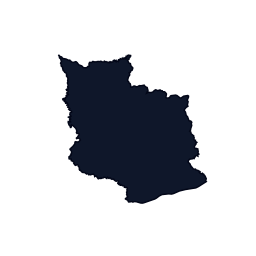 the district of Wang Chao, Tak, Thailand, rotated 114°
{"feature_id": "78962969B10518066707852", "entity_name": "Wang Chao", "entity_type": "district", "adm_level": 2, "iso_a3": "THA", "parent_name": "Thailand", "parent_adm1": "Tak", "projection": "robinson", "projection_center": [99.133, 16.616], "detail": "fine", "context": "isolated", "style": "filled", "palette": "ink", "viewbox_px": 256, "rotation_deg": 114, "n_neighbors": 0, "source": "geoboundaries", "source_scale": "gbopen_adm2", "svg_char_len": 5852}
<svg xmlns="http://www.w3.org/2000/svg" viewBox="0 0 256 256"><g transform="rotate(114 128 128)"><path d="M193.7,93.4L192.8,92.6L192.0,90.7L191.3,85.7L190.5,83.9L189.3,82.5L181.9,74.6L180.4,73.5L177.3,71.8L175.0,69.9L171.6,64.1L170.6,61.3L169.3,59.7L164.6,55.4L160.8,50.5L155.1,41.7L152.8,39.8L145.1,34.7L144.7,35.6L142.5,35.9L142.1,36.3L142.1,36.9L141.5,37.0L140.7,37.9L140.6,38.4L140.3,38.5L139.9,39.3L140.0,39.9L139.4,40.2L139.5,40.8L139.1,41.5L139.6,41.7L140.0,43.5L139.5,44.7L138.7,44.3L138.4,45.2L138.6,45.8L138.3,46.7L138.7,48.7L138.1,49.6L138.9,51.1L138.7,52.0L137.7,53.8L137.9,54.7L137.2,54.8L137.2,55.3L135.7,56.6L134.7,59.1L133.4,59.6L131.5,59.1L131.3,58.6L130.7,58.3L130.6,57.7L129.9,56.6L129.2,56.3L129.1,55.2L128.3,55.2L127.9,55.6L127.7,55.2L127.1,54.9L126.0,55.1L125.3,54.2L125.3,52.7L123.9,53.6L123.0,52.7L122.1,54.1L120.6,54.4L119.7,55.3L118.8,55.6L118.8,57.1L119.5,58.4L118.3,59.7L117.0,59.8L115.0,59.4L114.7,59.9L113.1,59.3L112.9,60.8L112.5,61.3L111.8,61.4L111.9,62.9L111.3,63.4L110.1,63.5L109.1,64.6L108.5,64.7L107.5,68.2L106.2,68.9L105.9,70.3L104.3,70.0L103.6,70.4L99.8,70.8L98.2,72.0L96.8,72.1L96.1,73.6L96.5,74.3L96.4,75.4L93.4,78.3L92.9,79.9L90.1,82.0L89.1,83.8L87.7,83.9L85.4,83.2L83.8,82.1L82.6,83.2L79.5,83.8L78.5,85.2L75.2,85.3L74.2,85.7L74.0,86.6L76.3,90.1L79.2,91.8L79.3,92.9L78.4,96.5L78.6,97.9L81.0,101.9L81.9,102.3L83.5,102.4L84.7,104.3L84.9,105.2L84.6,105.9L81.3,106.7L81.0,107.1L80.7,108.1L80.3,108.2L80.1,109.5L80.6,110.6L80.6,111.2L80.1,111.8L80.5,112.4L80.2,114.2L80.7,114.3L80.9,115.1L81.4,115.4L81.8,116.2L81.8,118.2L82.9,119.1L85.2,120.0L86.4,121.6L87.0,123.8L88.7,125.2L87.5,125.3L86.7,124.8L85.6,125.0L83.2,127.0L83.3,128.1L82.7,130.3L82.3,130.7L84.2,133.4L84.5,134.5L85.1,134.6L85.2,135.3L86.1,135.8L86.6,136.6L87.0,137.3L86.9,138.9L87.6,140.1L88.9,140.6L88.9,141.0L89.4,142.3L88.0,142.9L86.6,144.1L86.4,145.4L85.5,146.2L85.1,147.4L83.8,148.0L80.7,148.4L79.3,148.0L78.0,148.4L77.1,149.4L76.0,148.5L74.6,148.8L74.0,148.0L73.4,147.7L71.2,148.0L69.9,150.8L68.2,152.0L68.3,153.6L66.2,156.1L64.8,155.1L63.8,155.5L62.8,155.0L61.7,155.1L61.1,154.8L60.7,155.1L61.3,157.3L62.0,157.6L62.1,158.0L62.8,157.8L63.3,158.8L63.8,158.4L64.4,158.8L64.8,157.6L65.9,158.2L65.6,159.5L66.3,159.5L66.6,159.9L66.1,160.9L66.7,160.9L66.7,161.6L67.2,161.5L67.8,161.9L67.8,163.2L68.6,163.1L69.4,164.3L70.1,163.6L70.6,164.2L71.3,164.0L71.3,165.2L72.3,165.6L72.3,166.0L71.6,166.3L72.1,166.5L72.3,167.0L71.5,167.4L71.5,168.0L72.5,168.9L73.6,168.6L74.3,169.2L74.3,169.8L74.9,170.1L74.7,170.7L75.2,170.7L75.2,171.2L75.6,171.5L75.4,171.8L76.0,171.9L75.9,172.5L76.3,172.9L76.1,173.4L76.4,174.6L76.3,175.2L76.6,175.4L77.0,176.2L76.7,176.8L77.6,176.9L77.9,177.6L78.2,179.1L78.0,179.9L78.9,180.8L79.0,181.5L79.9,183.3L80.5,183.7L81.0,185.1L81.4,185.4L81.3,186.3L81.6,187.3L82.8,187.7L83.7,189.8L85.4,189.7L87.2,188.6L88.1,189.7L88.8,189.8L89.8,190.5L90.5,191.7L91.0,193.3L90.1,195.5L90.3,198.7L89.0,201.0L88.6,202.3L88.7,202.8L90.2,204.4L90.7,206.2L90.1,207.7L90.2,208.2L89.7,208.8L90.3,209.8L90.2,212.6L91.0,216.1L90.1,217.5L90.3,219.2L89.4,221.3L90.6,219.8L91.8,219.1L92.3,217.6L94.4,215.8L96.2,216.0L97.2,214.8L98.5,214.3L98.8,213.0L101.8,210.6L102.1,209.5L102.9,208.4L102.8,207.2L104.5,205.5L105.5,205.4L106.3,203.9L107.3,202.9L109.5,202.3L110.2,201.6L111.5,201.7L113.0,200.2L113.8,199.9L115.0,199.9L115.3,199.7L115.3,199.0L116.0,198.9L116.5,198.5L117.1,199.4L118.0,200.0L118.6,199.3L118.2,198.2L118.5,197.6L119.1,197.3L120.1,198.0L121.0,198.2L121.4,196.2L121.7,195.9L122.4,197.1L123.3,197.6L123.6,197.6L123.6,197.1L124.3,196.6L125.4,197.4L127.4,197.0L127.6,197.5L126.7,197.6L126.6,198.0L127.6,199.2L128.1,199.4L128.8,198.7L128.4,197.6L128.5,197.0L129.3,197.2L129.6,197.0L129.4,195.4L130.1,195.6L130.8,195.0L130.7,194.7L129.7,194.0L129.7,193.7L130.1,193.3L131.9,193.0L131.1,192.1L131.3,191.8L133.5,191.5L133.6,189.8L133.9,189.2L135.0,189.7L135.5,188.3L135.4,187.0L136.0,186.1L136.7,186.0L137.5,187.0L139.3,186.6L139.8,186.3L140.1,185.2L140.7,184.8L141.2,185.2L141.8,186.4L142.3,186.8L142.9,184.2L143.4,184.0L143.8,184.7L144.4,184.7L145.7,182.9L146.3,183.6L146.2,184.6L146.4,185.2L147.4,184.8L149.2,183.1L149.9,181.6L150.9,180.8L150.7,180.4L150.0,180.3L149.3,180.4L148.6,181.1L148.1,181.0L148.2,179.1L149.6,175.4L151.7,173.3L152.9,173.4L153.4,173.0L153.8,172.2L153.2,171.5L153.0,170.8L153.8,170.0L157.1,170.5L158.1,171.0L158.5,170.8L158.6,170.5L157.7,169.7L157.4,169.0L157.8,167.3L158.4,166.6L160.8,167.5L161.7,169.3L161.7,170.1L162.4,170.7L164.1,170.1L167.7,171.0L169.1,171.8L170.3,171.9L170.8,172.4L171.2,172.2L171.8,170.6L173.0,169.7L174.4,169.3L174.9,169.5L175.2,169.1L175.8,168.9L176.1,169.5L177.6,169.6L178.4,170.2L180.1,169.3L180.0,168.5L179.5,167.2L180.9,166.5L180.8,165.2L181.4,163.3L181.9,162.9L182.4,163.1L183.4,161.4L183.4,160.5L182.3,159.8L182.0,159.2L182.5,158.3L183.3,157.7L183.7,156.5L185.7,155.6L186.2,154.9L186.0,154.6L186.3,153.7L187.1,151.7L186.3,149.1L186.9,147.2L186.2,146.6L186.2,145.7L186.7,144.8L186.0,144.0L186.1,143.4L184.2,141.0L184.8,139.3L185.9,138.7L184.8,137.8L185.0,136.8L185.7,136.1L185.9,135.2L186.3,135.0L186.5,134.5L185.5,133.5L185.2,132.4L184.7,132.3L184.7,131.6L184.1,131.2L183.5,130.2L182.7,129.9L182.4,128.5L182.7,126.9L181.5,126.9L181.2,126.6L181.7,125.9L181.8,124.8L180.7,124.3L180.7,123.8L181.5,122.5L180.6,120.3L180.7,119.8L181.1,119.5L181.5,117.8L181.3,116.9L180.6,116.1L180.3,115.0L181.5,114.6L182.5,115.0L182.7,114.8L182.4,114.4L183.1,113.8L182.4,113.1L183.3,112.7L183.0,112.0L183.4,111.7L183.1,111.1L182.6,110.9L183.0,109.6L182.5,108.3L182.8,107.6L183.6,107.2L183.3,105.8L182.9,105.5L182.8,104.7L183.1,104.2L184.8,103.9L185.5,103.1L186.0,103.3L186.4,102.9L187.2,103.2L188.0,102.4L189.1,102.3L189.4,101.4L190.1,101.5L190.8,100.9L191.0,100.2L191.8,100.4L193.4,101.6L193.9,101.4L194.1,98.6L195.1,97.8L195.3,97.2L193.5,94.3L193.7,93.4Z" fill="#0f172a" stroke="#020617" stroke-width="1.5"/></g></svg>